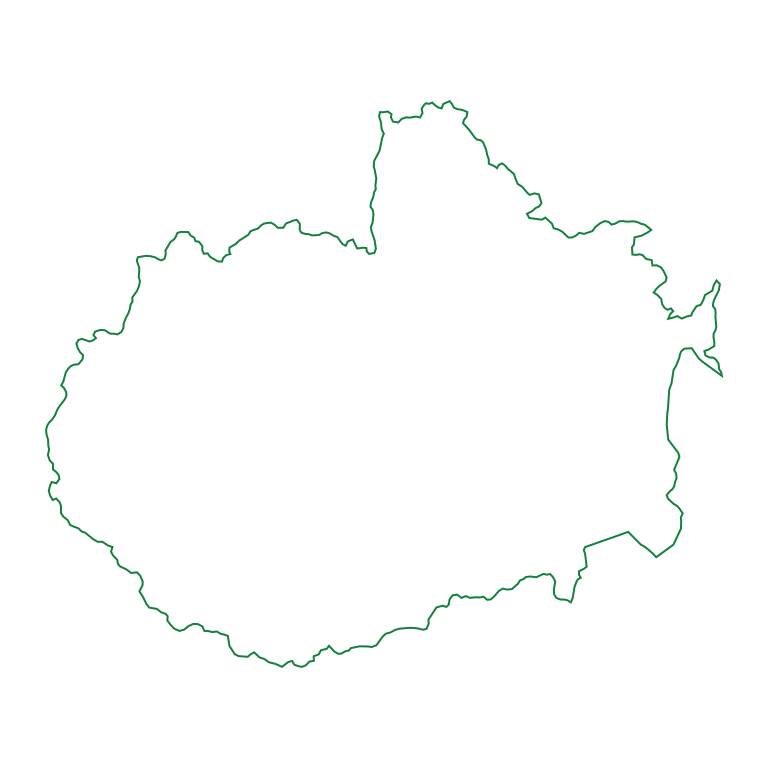 the district of Itamaraju, Bahia, Brazil
{"feature_id": "56859067B67912929740890", "entity_name": "Itamaraju", "entity_type": "district", "adm_level": 2, "iso_a3": "BRA", "parent_name": "Brazil", "parent_adm1": "Bahia", "projection": "albers", "projection_center": [-39.741, -16.985], "detail": "fine", "context": "isolated", "style": "outline", "palette": "green", "viewbox_px": 768, "rotation_deg": 0, "n_neighbors": 0, "source": "geoboundaries", "source_scale": "gbopen_adm2", "svg_char_len": 6067}
<svg xmlns="http://www.w3.org/2000/svg" viewBox="0 0 768 768"><path d="M379.9,112.2L379.1,116.6L381.0,122.5L381.6,129.0L383.8,133.6L382.1,138.1L379.6,150.6L374.2,160.9L373.7,166.5L374.7,169.8L376.3,178.4L375.4,185.4L375.8,189.1L374.1,192.4L373.2,197.2L371.2,201.9L370.4,206.7L372.8,210.0L373.5,214.3L372.5,223.0L371.0,226.7L371.4,230.7L374.6,240.2L375.9,248.7L374.3,253.0L369.2,253.9L366.9,251.6L366.3,248.0L363.2,247.7L357.2,248.5L352.8,239.4L347.8,241.5L345.7,245.8L342.4,244.0L337.4,237.1L333.4,235.7L330.0,233.5L326.2,232.4L322.2,233.1L319.0,235.0L312.1,235.4L308.9,234.2L305.6,234.0L301.5,232.8L299.7,229.8L299.9,224.0L296.8,219.8L293.5,220.5L286.0,223.5L283.2,227.8L277.8,227.8L274.6,224.8L271.1,222.7L267.2,223.0L264.0,223.6L261.3,225.2L258.0,228.5L250.6,231.1L248.3,234.8L239.2,240.6L235.9,243.9L229.6,247.5L229.1,251.2L230.4,254.0L226.3,255.1L223.2,258.0L222.0,261.6L218.0,261.4L213.7,259.0L210.1,256.9L207.6,253.3L203.9,253.8L202.3,250.4L202.3,246.0L198.9,241.7L195.5,241.2L194.2,237.7L190.7,235.6L188.3,232.1L180.5,231.9L177.3,233.1L176.0,236.3L174.3,239.1L170.4,242.1L165.5,250.4L165.7,254.4L164.6,258.7L161.4,260.4L158.2,259.2L155.3,257.4L151.0,256.3L146.1,255.8L137.9,257.2L136.8,260.6L139.2,267.7L139.2,272.2L138.7,276.5L139.9,281.2L139.1,285.8L137.1,290.8L132.3,297.5L132.4,301.8L130.6,304.4L129.9,308.9L128.3,313.4L125.7,318.3L123.7,323.4L123.4,328.1L121.4,331.9L117.4,334.4L113.8,333.7L110.3,333.7L104.7,330.2L100.4,329.9L95.1,331.6L93.5,335.1L95.9,338.2L93.1,340.3L89.5,341.5L82.0,338.9L78.6,339.9L76.4,343.6L77.7,348.0L80.1,352.3L83.1,355.2L82.4,359.5L78.4,364.2L73.8,364.7L70.7,366.2L68.2,368.7L65.8,372.5L63.2,381.9L61.2,385.3L63.9,387.9L66.3,392.3L66.4,396.2L64.3,400.0L59.4,406.3L57.1,410.2L55.0,415.3L52.1,419.6L49.0,422.7L47.1,425.8L46.1,430.3L46.6,434.8L48.1,439.6L48.3,445.4L49.1,449.6L47.9,454.9L49.7,460.4L53.1,464.0L52.9,469.4L55.9,471.7L58.7,475.0L59.4,479.1L56.3,483.3L51.8,482.0L50.0,485.7L48.8,490.8L50.0,495.3L52.7,500.0L56.1,498.5L59.5,502.0L61.0,505.9L61.0,513.2L63.3,516.6L67.9,520.3L70.0,524.8L73.6,526.6L78.2,528.2L81.7,531.5L85.2,532.7L93.6,539.5L97.8,541.8L102.4,541.8L108.3,545.7L112.5,547.0L111.0,551.7L113.0,555.4L117.1,559.7L118.1,564.1L120.1,566.4L126.3,569.4L131.2,573.0L137.0,572.3L140.1,575.6L142.7,581.4L142.5,585.3L139.4,591.3L143.1,597.2L146.6,604.3L149.3,607.6L156.9,608.9L161.0,612.2L165.6,613.8L167.7,616.2L167.3,620.5L170.4,624.6L174.4,628.8L179.4,630.9L184.0,629.7L188.6,626.1L193.3,623.9L198.0,624.1L202.5,626.5L204.3,630.9L208.1,631.0L212.4,632.1L216.9,631.5L220.8,633.9L224.0,634.5L227.9,635.9L229.4,645.9L234.8,654.2L238.5,656.1L247.8,656.8L250.3,654.5L254.1,652.3L259.5,657.4L264.5,659.1L269.0,662.3L275.2,663.8L282.0,666.8L288.2,662.1L292.1,660.9L294.4,664.8L298.3,666.1L301.9,666.9L306.0,665.2L309.3,661.6L313.8,660.8L313.7,656.2L318.7,654.4L320.9,650.3L326.7,648.8L329.0,645.8L334.3,651.5L338.2,653.8L341.2,653.6L345.3,651.3L348.9,650.5L350.9,648.1L359.8,646.3L367.7,646.5L371.7,647.0L376.4,645.3L382.6,636.6L385.8,633.7L390.1,632.6L395.2,629.9L399.5,628.7L408.6,627.9L413.3,627.9L418.2,628.5L422.7,629.7L426.5,628.9L428.7,623.7L428.5,619.5L436.5,607.4L442.5,605.7L446.3,606.9L448.6,604.9L449.6,599.4L452.4,595.4L457.2,594.6L461.5,597.9L465.7,596.1L470.1,597.9L474.7,597.3L480.2,597.4L483.5,596.7L487.2,599.8L490.8,599.4L493.9,596.7L498.9,590.9L503.0,588.6L506.9,589.6L511.9,589.1L518.0,583.7L520.0,580.4L523.5,579.0L526.0,577.0L530.3,576.5L536.3,577.2L543.5,573.9L547.0,574.7L550.1,574.0L553.0,577.1L555.3,581.7L553.8,589.5L554.1,594.0L556.2,597.8L560.3,599.5L564.0,599.5L567.5,600.3L570.9,602.4L572.8,597.6L574.5,587.0L576.4,582.0L577.9,579.3L580.8,577.7L579.0,574.6L579.0,571.3L583.7,568.9L586.7,566.7L585.1,554.0L583.8,550.0L585.1,547.1L628.2,531.9L640.8,544.6L644.3,546.5L647.2,548.7L653.0,553.7L656.2,557.2L673.5,544.6L681.0,528.5L681.2,521.2L680.8,517.6L682.7,513.4L679.7,509.0L677.2,506.0L673.4,503.7L668.0,498.7L666.6,495.1L669.9,491.2L672.3,489.3L674.1,486.6L675.2,481.6L676.6,478.0L676.1,473.6L674.1,469.7L679.4,457.2L678.3,452.9L668.2,439.6L666.7,424.5L667.3,413.3L668.0,408.2L669.2,389.7L671.5,383.5L673.6,369.8L675.9,366.2L679.2,358.1L679.9,354.6L681.1,351.5L684.2,348.7L691.7,348.2L698.6,358.2L701.8,361.2L721.9,375.9L721.2,372.2L719.2,369.3L718.5,363.5L716.1,359.9L713.5,357.7L709.2,357.4L705.5,355.5L704.4,351.0L708.9,349.4L714.3,346.0L714.3,341.5L713.5,337.4L713.7,333.4L715.5,330.3L716.3,326.6L715.4,316.8L715.6,312.8L715.2,309.2L712.9,306.0L713.3,302.4L714.4,299.1L718.8,290.4L719.9,284.1L716.5,280.5L713.7,285.2L712.4,290.6L705.0,295.1L703.3,300.1L700.7,304.8L696.5,306.2L692.4,312.4L691.2,315.5L686.9,316.4L681.8,318.6L677.3,316.1L673.6,317.5L668.2,318.8L670.2,314.1L673.2,311.1L670.9,308.4L667.6,309.8L664.5,307.9L662.2,304.2L661.3,299.2L657.7,295.2L653.7,292.6L656.1,289.2L659.5,285.8L665.6,281.4L666.6,277.4L663.2,270.3L660.7,267.2L656.8,265.3L652.5,265.5L651.7,260.1L646.0,258.9L642.6,255.1L639.6,254.3L635.8,254.9L632.4,254.5L632.0,247.2L633.9,244.5L634.5,237.4L641.5,235.7L647.8,232.4L651.2,229.9L645.0,224.8L640.8,223.7L637.7,222.2L633.9,221.3L626.6,221.7L623.6,221.1L619.3,221.3L615.3,223.6L611.5,224.6L608.6,221.9L604.7,221.1L600.4,223.1L595.5,226.8L592.4,231.1L584.0,233.9L579.3,232.8L576.0,235.6L572.1,237.5L568.4,237.5L562.4,231.8L559.0,229.8L553.7,228.2L551.9,223.6L545.3,217.6L541.9,219.7L529.3,218.0L527.0,213.8L532.0,211.2L535.5,208.1L539.2,206.4L541.5,203.1L538.8,194.4L534.5,193.4L529.7,194.9L527.2,192.7L522.4,186.9L517.8,184.0L515.7,179.3L514.0,174.1L507.9,168.9L505.0,165.5L502.1,163.4L498.8,164.9L497.0,168.2L494.6,166.2L488.8,163.7L488.8,159.3L487.3,155.3L486.1,149.7L483.2,142.5L480.9,140.2L477.1,139.7L474.8,137.6L469.1,129.8L463.0,123.1L463.9,120.0L466.6,116.7L467.4,112.1L462.6,110.0L456.7,109.0L453.7,107.5L452.0,104.0L449.6,101.1L443.3,104.0L441.6,108.4L438.6,107.6L435.6,105.7L432.2,102.6L429.2,103.8L425.7,103.3L423.2,106.1L421.7,108.8L422.5,113.0L420.1,117.5L416.1,116.6L409.3,117.7L406.3,117.3L401.7,118.9L398.2,122.5L393.0,121.6L390.9,117.4L391.5,114.2L387.9,111.5L383.4,112.2L379.9,112.2Z" fill="none" stroke="#15803d" stroke-width="2"/></svg>